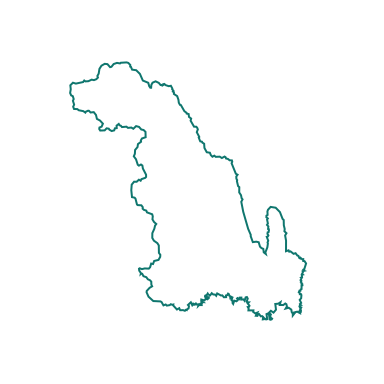 outline of Alto Baudó (Pie De Pato), Chocó, Colombia, rotated 341°
{"feature_id": "7082276B3053585301138", "entity_name": "Alto Baudó (Pie De Pato)", "entity_type": "district", "adm_level": 2, "iso_a3": "COL", "parent_name": "Colombia", "parent_adm1": "Chocó", "projection": "mercator", "projection_center": [-77.05, 5.663], "detail": "fine", "context": "isolated", "style": "outline", "palette": "teal", "viewbox_px": 384, "rotation_deg": 341, "n_neighbors": 0, "source": "geoboundaries", "source_scale": "gbopen_adm2", "svg_char_len": 6076}
<svg xmlns="http://www.w3.org/2000/svg" viewBox="0 0 384 384"><g transform="rotate(341 192 192)"><path d="M273.1,301.4L276.6,296.7L275.9,294.0L274.7,293.4L275.3,291.7L274.3,291.5L273.2,289.6L272.7,290.1L272.0,289.4L271.8,287.0L270.9,286.3L270.0,283.6L267.9,283.5L265.8,280.2L264.5,280.1L264.3,278.6L261.6,278.6L265.1,268.6L265.9,263.4L267.9,261.7L266.6,259.2L267.6,257.2L268.0,253.3L269.6,248.3L268.9,247.0L268.6,239.6L266.0,234.1L261.5,231.7L258.1,233.5L257.0,234.9L256.0,238.3L254.7,238.6L254.1,240.1L255.1,241.7L254.0,242.5L253.5,246.5L252.2,247.5L253.0,249.4L251.9,251.7L252.5,252.1L252.3,253.2L251.4,254.8L250.4,254.8L249.7,256.1L250.1,257.9L249.2,258.7L248.1,258.7L248.2,262.9L247.0,264.3L247.0,265.4L245.2,268.9L241.7,273.0L241.6,274.6L240.2,272.4L240.9,269.0L239.4,267.6L238.5,265.8L238.7,261.2L236.6,259.9L233.2,259.2L233.1,252.8L233.6,251.7L233.1,245.1L234.0,227.4L235.4,217.3L237.4,215.4L236.9,214.0L237.3,211.0L236.5,207.8L238.3,202.8L237.5,201.4L238.0,196.3L238.6,195.5L238.3,193.9L238.9,191.8L240.7,190.5L239.4,189.0L238.8,177.7L239.9,176.5L240.0,175.1L237.9,174.3L236.7,172.4L235.1,171.4L235.1,170.1L234.3,169.1L231.3,169.6L229.7,167.6L225.9,166.5L224.9,164.9L222.8,165.3L221.8,163.2L221.7,160.7L218.9,159.2L218.1,154.4L219.2,150.3L217.9,148.7L217.8,147.7L216.3,146.8L216.2,145.7L216.1,142.7L216.8,142.3L216.0,137.0L217.9,134.7L217.8,132.9L217.3,131.7L215.2,130.9L213.9,124.1L215.1,122.3L213.6,120.0L214.2,117.2L212.5,116.1L212.6,115.3L211.1,113.1L209.8,106.2L209.0,105.7L208.6,103.3L209.2,100.4L209.2,96.5L206.8,93.4L207.4,91.8L206.6,90.8L207.4,90.1L206.7,88.5L207.1,87.8L206.6,84.7L204.5,84.4L201.9,82.4L201.0,80.8L200.0,80.7L199.9,81.4L198.5,81.7L198.0,80.8L197.1,80.6L196.1,78.0L193.6,75.5L190.3,75.8L188.5,77.4L187.3,80.1L186.5,79.8L186.0,78.0L186.2,74.5L181.8,70.6L181.2,63.4L178.9,58.7L175.2,56.8L175.0,53.8L174.4,53.3L175.0,51.8L173.8,49.2L172.4,48.2L166.7,46.6L165.8,47.0L163.1,45.5L159.6,45.5L156.6,47.4L155.2,47.3L153.7,43.6L151.2,42.4L147.5,43.1L144.6,45.4L142.3,49.7L140.3,51.5L140.3,53.2L138.2,54.2L135.7,54.3L133.7,53.1L130.1,53.5L127.2,52.7L126.4,51.5L124.8,52.6L117.5,51.7L115.0,49.9L111.7,51.5L110.8,55.4L109.0,58.7L109.2,61.3L110.5,62.6L110.4,65.6L109.1,67.0L109.0,71.0L107.4,72.7L107.5,75.1L110.6,76.3L111.5,77.8L115.6,80.2L117.0,82.2L117.8,81.5L120.2,81.3L121.0,81.7L122.0,83.8L125.1,84.5L126.3,87.9L125.9,91.9L128.3,94.5L130.0,98.4L127.8,100.8L125.5,100.9L124.8,102.2L125.2,104.0L129.5,105.3L132.0,104.0L133.9,105.0L134.2,106.2L135.9,108.2L138.5,108.4L139.8,106.7L141.6,107.1L142.3,104.7L144.9,103.8L145.2,105.3L146.3,106.2L146.9,107.8L151.3,108.9L152.3,110.5L155.6,111.3L157.1,113.1L160.6,111.5L163.1,113.2L164.4,116.4L166.4,117.6L167.6,120.0L166.0,125.1L162.1,125.1L160.4,126.6L160.2,127.9L156.5,129.1L155.1,131.8L151.9,133.7L150.4,137.3L148.6,139.3L149.7,142.8L149.6,148.6L150.4,149.8L152.7,149.4L153.7,150.8L153.2,153.8L154.2,160.7L153.5,162.8L152.4,163.4L148.4,163.4L147.1,164.6L145.8,163.1L143.0,164.3L140.6,163.4L137.4,165.4L135.2,170.5L133.6,177.3L135.9,178.7L136.4,179.9L135.9,185.9L136.4,186.7L139.8,188.1L140.5,190.3L139.9,191.7L140.7,193.2L142.7,194.7L142.8,196.6L147.1,200.1L147.0,202.2L145.7,205.0L146.3,207.9L147.8,210.6L146.1,211.8L144.4,214.5L141.1,218.0L139.5,222.5L140.1,225.6L142.6,229.1L143.2,231.7L140.9,238.8L141.6,241.1L140.8,243.0L138.2,245.3L133.8,244.9L131.7,247.4L130.1,246.4L127.9,249.5L126.2,250.4L122.5,248.9L119.5,248.6L117.7,247.1L116.9,247.3L116.5,249.2L117.3,252.1L116.9,252.8L117.6,252.5L118.3,253.1L118.7,255.8L121.1,257.7L121.8,260.1L123.5,261.7L124.3,263.5L123.4,266.4L123.6,268.2L120.7,268.8L117.0,270.8L116.4,272.0L116.8,276.8L119.9,282.5L126.6,285.2L127.4,286.2L128.1,289.9L130.5,289.8L131.2,291.2L134.1,291.7L135.4,291.2L136.6,292.2L137.7,292.3L137.3,293.1L139.5,298.2L142.1,297.7L142.3,299.9L145.1,300.8L146.6,302.0L147.7,301.4L148.6,302.0L149.1,301.3L150.8,301.0L152.0,298.9L151.4,297.5L155.0,295.9L155.4,299.3L156.1,299.0L155.7,297.9L156.7,297.8L157.3,298.3L157.2,299.2L158.0,299.5L159.4,298.7L159.8,299.9L161.8,300.3L160.9,301.7L163.4,300.5L163.1,301.6L164.2,302.0L164.2,300.5L165.0,300.7L165.6,299.5L166.5,299.8L165.2,298.1L165.8,296.7L168.5,298.6L170.1,297.4L171.6,298.5L173.4,297.7L173.6,296.9L172.1,296.8L172.0,295.0L170.7,295.9L170.2,295.3L170.7,294.3L172.6,294.1L173.8,293.1L174.1,294.3L175.6,295.6L177.7,294.1L178.7,295.8L180.4,296.5L181.1,298.0L182.8,296.1L185.7,299.3L187.0,299.6L187.9,301.9L190.0,302.5L190.4,300.9L191.8,301.0L193.0,299.8L193.5,300.3L193.6,302.4L195.4,304.3L193.8,304.4L193.6,305.3L195.1,305.9L194.2,307.3L195.0,308.5L194.2,310.1L194.5,311.2L196.6,308.5L198.4,309.8L199.9,309.3L200.4,308.6L199.9,307.4L200.5,307.1L201.9,308.7L202.7,307.4L204.3,307.9L203.7,309.8L205.7,310.3L206.3,312.0L208.4,309.1L209.7,309.2L210.0,310.9L208.1,313.3L208.2,314.1L209.8,314.8L208.4,315.5L209.3,318.3L208.6,319.0L207.3,318.9L207.6,320.6L206.8,322.3L211.5,323.9L210.8,325.2L212.3,327.4L214.6,327.3L212.1,329.8L213.5,330.4L214.7,329.1L215.6,329.1L216.6,332.0L217.9,332.2L218.6,333.3L217.5,335.5L218.6,335.7L219.2,334.8L220.5,336.6L221.7,336.7L222.7,331.7L223.8,331.6L224.9,332.9L224.0,337.8L224.8,338.4L226.0,338.3L226.5,337.8L225.8,337.1L225.4,334.8L226.7,333.5L225.5,331.2L227.9,330.0L229.8,332.6L233.1,330.6L234.3,325.0L237.3,325.7L239.8,325.0L238.2,327.4L241.5,328.6L243.9,327.8L244.7,328.8L244.5,331.1L242.6,332.7L245.7,332.9L247.6,335.5L247.2,338.1L247.7,339.8L247.1,341.6L248.8,340.5L249.2,339.3L250.0,339.7L250.3,339.2L252.5,339.4L254.4,341.4L254.4,340.8L255.2,341.1L255.5,340.1L255.9,340.5L256.3,339.7L257.2,339.7L255.4,339.0L257.1,337.3L256.5,337.0L256.4,335.7L257.0,335.8L256.5,335.1L257.5,333.6L258.0,333.9L257.7,333.0L259.1,332.4L258.7,329.1L260.6,328.0L261.8,325.3L261.9,324.3L260.8,323.8L261.2,323.2L260.3,321.6L261.5,320.3L262.3,320.7L263.1,319.5L264.0,319.4L265.1,316.2L266.0,316.2L266.3,314.9L265.6,314.3L266.1,313.1L265.6,312.5L266.5,311.3L266.0,310.6L267.6,309.1L267.3,308.5L268.3,308.5L268.8,306.0L269.8,306.1L269.3,305.3L270.6,304.2L270.8,302.9L272.1,303.0L271.6,302.6L272.5,302.2L272.2,301.6L273.1,301.4Z" fill="none" stroke="#0f766e" stroke-width="2"/></g></svg>